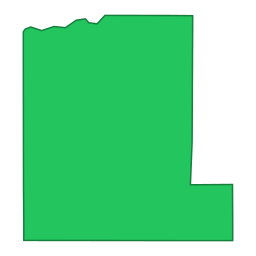 outline of Lawrence, South Dakota, United States of America
{"feature_id": "52423323B97132766145301", "entity_name": "Lawrence", "entity_type": "district", "adm_level": 2, "iso_a3": "USA", "parent_name": "United States of America", "parent_adm1": "South Dakota", "projection": "mercator", "projection_center": [-103.839, 44.373], "detail": "fine", "context": "isolated", "style": "filled", "palette": "green", "viewbox_px": 256, "rotation_deg": 0, "n_neighbors": 0, "source": "geoboundaries", "source_scale": "gbopen_adm2", "svg_char_len": 401}
<svg xmlns="http://www.w3.org/2000/svg" viewBox="0 0 256 256"><path d="M23.8,221.4L23.8,240.4L185.2,240.6L232.7,240.6L232.7,220.0L232.5,184.5L190.4,184.8L192.1,142.0L192.7,15.7L168.1,15.5L104.9,15.4L97.2,23.8L88.9,22.8L85.4,18.9L76.3,20.2L65.4,27.7L54.0,26.5L41.6,30.6L30.7,27.0L25.3,29.1L23.3,31.8L23.3,45.3L23.3,57.7L23.5,187.7L23.8,221.4Z" fill="#22c55e" stroke="#15803d" stroke-width="1.5"/></svg>